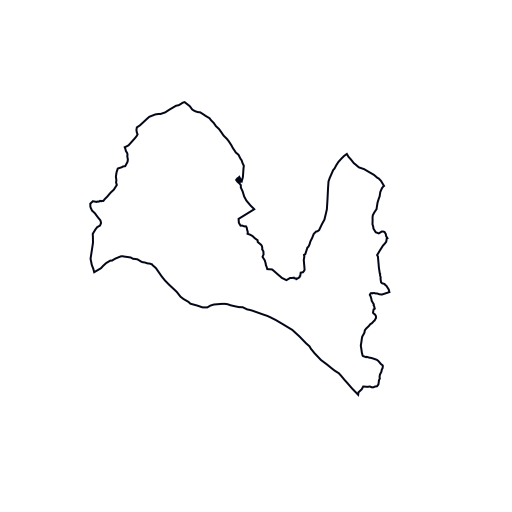 Suhag, Suhaj, Egypt, rotated 328°
{"feature_id": "37247803B47370411243252", "entity_name": "Suhag", "entity_type": "district", "adm_level": 2, "iso_a3": "EGY", "parent_name": "Egypt", "parent_adm1": "Suhaj", "projection": "equal_earth", "projection_center": [31.692, 26.547], "detail": "fine", "context": "isolated", "style": "outline", "palette": "ink", "viewbox_px": 512, "rotation_deg": 328, "n_neighbors": 0, "source": "geoboundaries", "source_scale": "gbopen_adm2", "svg_char_len": 5570}
<svg xmlns="http://www.w3.org/2000/svg" viewBox="0 0 512 512"><g transform="rotate(328 256 256)"><path d="M110.2,184.0L118.1,184.2L120.9,183.4L125.1,182.6L130.0,182.7L131.4,183.6L133.5,183.6L135.6,183.7L141.3,184.7L142.7,185.5L144.7,187.3L146.8,189.0L147.8,189.9L148.9,190.8L150.3,193.3L151.6,194.2L153.7,196.0L155.8,200.2L156.5,201.1L158.5,202.8L159.9,204.6L161.9,206.2L163.4,208.0L163.4,208.9L164.7,213.1L165.2,223.3L165.8,228.4L167.1,234.4L169.4,242.9L169.8,244.6L170.4,250.5L171.7,254.0L174.4,259.1L175.1,261.7L179.9,266.9L183.4,271.2L187.5,273.8L191.0,273.9L194.5,274.8L201.5,278.4L204.3,280.1L206.4,281.9L208.4,284.4L211.9,287.9L214.7,290.5L217.5,292.3L220.2,296.6L221.9,298.2L223.6,300.0L227.1,304.4L230.5,308.7L234.0,313.0L236.2,316.4L236.7,317.3L238.8,320.7L242.8,328.4L247.6,337.9L250.2,347.2L252.2,356.6L253.5,360.9L253.4,364.3L253.6,365.1L254.1,369.4L256.0,378.7L258.7,385.6L260.7,391.5L262.0,395.0L264.1,399.3L264.7,402.7L265.4,407.9L266.0,411.2L267.2,418.8L267.4,419.9L267.9,422.2L269.1,427.8L270.7,425.9L274.9,425.1L277.8,423.5L281.3,426.1L283.4,427.0L284.7,428.8L286.1,429.6L287.5,429.7L289.6,430.6L291.7,429.8L292.5,428.9L294.6,426.4L296.0,425.6L296.8,423.9L298.2,422.3L301.0,420.6L302.5,419.0L303.9,418.2L305.3,416.5L305.4,415.6L304.7,413.9L304.1,409.7L303.4,408.0L302.7,407.1L301.3,405.4L299.9,403.7L297.9,401.9L296.5,400.2L295.8,400.2L294.4,398.4L293.7,397.6L293.7,396.7L294.0,395.8L294.5,394.2L296.0,390.8L297.4,387.5L299.6,385.0L301.7,382.5L303.2,380.8L304.6,380.0L305.2,379.7L307.4,378.4L308.9,376.7L311.0,375.9L314.5,375.2L316.7,374.4L318.8,374.4L321.6,373.6L322.3,373.6L323.7,372.8L325.1,372.0L325.9,370.3L325.9,368.6L325.2,366.9L325.2,366.1L327.4,363.6L328.8,363.6L329.6,361.1L329.6,360.2L330.3,359.4L330.3,357.7L330.4,355.2L331.1,353.5L331.8,351.0L331.9,349.3L333.3,348.5L334.0,348.5L334.7,349.3L335.4,349.3L336.8,350.2L337.5,351.1L338.9,352.0L340.2,353.7L342.3,355.4L350.0,357.3L350.8,354.8L350.8,352.2L350.8,350.5L350.2,348.8L350.2,347.9L348.8,346.3L348.5,346.0L348.1,344.6L349.6,341.2L350.3,340.4L351.1,337.8L351.8,337.0L351.8,336.2L354.0,331.1L359.1,321.1L359.2,319.4L364.1,316.9L369.1,314.5L371.9,313.7L374.0,312.9L376.2,310.4L376.9,310.5L376.9,308.7L376.9,307.9L377.7,306.2L377.7,303.7L377.0,302.8L375.6,301.9L374.9,301.9L374.2,301.9L372.1,301.9L371.4,301.0L370.1,299.3L370.1,297.6L370.1,296.5L370.1,295.0L370.9,293.4L371.6,290.8L373.8,287.5L375.3,285.0L376.7,283.3L379.5,281.7L383.1,280.1L385.2,277.6L387.4,275.1L390.3,272.6L391.7,271.5L392.4,271.0L395.3,267.6L398.8,265.2L401.0,264.4L401.7,264.4L401.8,258.5L401.1,255.1L400.4,254.2L399.1,249.9L397.8,247.4L396.4,244.8L393.7,239.6L392.3,237.9L390.2,235.3L389.1,231.8L388.9,231.1L388.2,229.3L387.6,224.2L387.3,222.5L387.0,220.8L387.1,217.6L383.9,217.8L380.3,218.6L375.7,219.9L372.3,221.5L368.8,223.5L367.0,224.0L359.6,229.1L357.0,231.2L353.5,236.0L346.4,246.2L345.1,248.0L344.9,248.3L340.8,254.0L337.3,257.5L333.2,261.5L330.8,262.8L328.7,264.0L325.7,265.9L323.2,267.5L321.2,267.6L319.8,267.1L316.6,267.9L313.4,270.3L312.6,270.8L309.8,272.5L307.6,274.5L305.4,275.9L304.0,276.1L303.9,276.2L303.9,276.3L303.5,276.6L298.7,280.6L297.3,280.5L296.6,282.2L294.4,284.7L290.1,293.1L289.3,293.9L287.2,294.7L285.1,293.8L284.4,294.6L283.0,296.3L282.3,296.3L281.6,297.1L280.1,297.1L278.0,297.0L278.1,296.2L276.7,295.3L276.7,294.5L274.6,293.6L274.0,293.2L273.2,292.7L269.0,292.6L266.9,289.2L266.3,288.3L265.6,285.7L265.2,284.6L265.0,284.0L263.2,278.0L262.5,275.9L258.6,273.1L259.2,271.1L259.6,268.7L260.0,268.2L261.1,264.5L261.1,263.6L261.1,260.2L263.3,258.6L264.2,256.9L264.7,256.1L264.8,253.5L265.5,252.7L266.2,251.0L266.3,249.3L264.9,245.1L265.7,243.4L265.0,241.8L264.3,240.0L263.7,237.4L262.3,234.8L260.6,232.7L261.7,231.4L262.4,228.9L263.1,227.2L263.2,226.4L263.2,225.5L261.8,224.7L260.4,222.9L259.0,222.1L259.0,220.4L259.1,218.7L260.9,215.3L279.3,215.4L279.2,214.8L278.1,210.3L277.2,203.8L277.5,199.3L278.9,194.1L279.4,190.0L279.5,189.9L279.5,189.7L279.9,189.2L280.7,187.7L280.4,185.6L279.7,183.5L279.5,181.0L280.9,180.5L280.5,183.1L281.2,184.5L282.3,184.9L282.3,183.0L283.0,180.3L283.7,180.1L283.5,182.8L283.7,184.9L286.7,182.1L289.5,178.3L291.2,175.9L293.5,173.0L293.8,170.2L294.5,167.3L294.4,165.1L294.8,160.9L293.7,157.5L293.7,155.2L293.6,153.5L293.6,151.4L293.8,149.1L293.7,144.4L293.4,141.3L292.3,136.6L292.2,133.3L291.9,128.6L291.0,125.3L290.8,124.4L290.7,121.0L289.8,117.0L289.6,114.5L287.5,110.5L286.8,108.8L284.8,104.6L283.0,103.2L281.2,101.1L280.0,99.0L279.5,97.7L279.4,95.8L279.2,93.7L278.2,91.0L277.0,87.7L275.4,87.2L272.7,87.2L270.5,87.2L267.8,86.2L260.3,86.0L255.1,86.1L250.1,84.9L249.2,84.2L247.5,83.4L245.7,82.6L239.3,81.4L236.8,81.8L226.8,83.7L223.1,83.8L221.4,85.7L220.5,87.8L220.2,89.1L220.0,90.1L218.2,91.1L215.6,92.0L213.5,92.6L206.6,94.6L204.8,94.5L202.3,94.2L202.1,95.5L201.3,98.0L201.3,100.5L200.6,102.2L199.8,103.0L198.4,106.4L196.9,108.1L194.1,109.7L192.7,110.5L190.6,109.6L189.2,109.6L185.7,108.7L185.1,108.6L182.1,111.1L179.2,114.5L178.5,116.1L177.7,117.8L176.3,119.5L175.6,122.0L170.6,124.4L166.4,125.2L165.1,125.6L161.4,126.8L157.9,127.6L155.7,128.4L154.3,127.5L153.6,127.5L153.0,126.6L151.5,126.6L150.2,125.7L149.5,125.7L146.7,123.1L143.8,123.7L143.2,123.8L141.7,126.4L141.4,127.4L141.2,128.9L141.1,129.8L141.0,130.6L141.7,133.1L142.1,134.8L142.1,135.7L142.3,138.2L142.4,139.3L142.7,141.7L142.8,142.2L142.9,143.4L142.4,144.9L142.1,145.9L139.9,147.5L136.4,147.4L135.8,147.7L134.3,148.2L129.3,150.7L127.9,153.2L126.4,155.7L124.9,158.2L122.8,160.7L117.8,166.5L114.2,170.7L112.0,176.6L111.2,180.8L110.2,184.0Z" fill="none" stroke="#020617" stroke-width="2"/></g></svg>